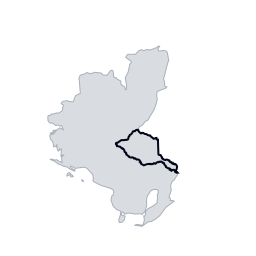 Apure on a map of Venezuela (Equal Earth projection), rotated 209°
{"feature_id": "VEN-25", "entity_name": "Apure", "entity_type": "State", "adm_level": 1, "iso_a3": "VEN", "parent_name": "Venezuela", "parent_adm1": "", "projection": "equal_earth", "projection_center": [-69.326, 7.078], "detail": "fine", "context": "in_parent", "style": "outline", "palette": "ink", "viewbox_px": 256, "rotation_deg": 209, "n_neighbors": 0, "source": "natural_earth", "source_scale": "10m", "svg_char_len": 8440}
<svg xmlns="http://www.w3.org/2000/svg" viewBox="0 0 256 256"><g transform="rotate(209 128 128)"><path d="M201.7,95.8L203.8,99.5L203.6,100.3L202.3,101.2L201.6,103.3L199.9,104.2L197.7,106.7L196.2,106.9L193.9,111.1L195.2,114.3L194.9,116.0L195.5,116.8L198.2,116.9L198.4,117.8L198.1,119.1L197.6,120.0L194.0,122.7L192.3,122.4L191.6,123.2L189.2,123.8L188.6,125.4L189.2,127.5L189.5,131.0L186.5,135.2L193.9,146.4L194.7,146.9L195.4,149.5L195.2,151.0L193.9,152.8L192.1,154.2L191.0,156.5L189.9,156.9L187.9,156.7L186.9,158.0L185.6,158.5L184.8,160.2L178.1,163.1L175.2,162.2L171.8,164.3L171.2,169.5L170.2,170.7L168.9,170.7L164.8,165.4L162.6,166.2L161.2,165.5L157.1,165.6L155.2,162.6L150.8,162.4L149.2,160.4L148.4,160.4L148.1,161.0L149.8,164.4L154.8,170.8L154.9,176.6L157.3,184.7L156.8,187.3L158.2,188.0L164.2,188.6L164.2,191.5L163.4,192.8L162.2,193.1L159.1,195.2L157.3,195.9L156.1,200.7L155.1,202.0L154.0,203.1L151.9,203.2L149.1,206.2L148.2,206.1L145.8,207.6L142.1,212.0L140.8,214.7L139.9,214.8L140.2,212.4L139.8,211.2L138.9,210.5L138.0,210.4L137.0,211.0L134.2,213.3L131.5,213.8L130.0,212.8L125.0,206.7L124.9,204.6L123.7,199.7L121.2,190.7L121.2,189.0L117.2,184.4L116.6,182.8L115.0,182.2L113.9,182.8L114.2,181.3L119.6,174.8L120.1,173.4L118.0,169.2L116.8,168.1L116.1,166.6L114.8,161.6L114.4,157.7L114.0,156.9L114.5,147.4L114.3,145.3L114.7,143.7L115.8,142.6L116.3,141.0L116.5,138.7L117.1,136.8L118.2,135.3L118.6,133.9L118.1,131.6L117.2,130.6L113.9,129.9L113.0,130.6L107.0,131.9L104.0,131.9L101.8,131.3L100.1,131.5L98.1,132.8L97.1,132.1L96.3,132.4L88.4,119.9L85.5,119.6L81.6,117.8L78.5,119.3L77.2,119.4L71.7,118.7L68.6,119.3L67.4,118.7L66.5,117.7L65.1,113.6L63.0,112.9L62.1,111.3L62.5,104.6L63.5,102.8L63.1,99.7L62.8,98.3L60.0,94.6L58.6,87.3L56.8,87.0L56.2,85.4L55.7,85.1L54.2,86.1L52.5,86.5L52.2,86.1L56.3,77.1L57.8,66.5L59.9,61.4L62.6,57.2L64.8,55.9L68.1,48.9L75.2,46.0L73.3,48.1L69.1,49.5L68.1,50.3L68.2,52.7L69.4,56.0L71.6,58.7L70.6,59.0L71.0,61.4L72.1,63.0L72.1,64.0L71.3,67.3L68.0,72.3L66.3,76.7L67.6,79.3L67.8,80.7L70.2,83.9L70.0,85.2L71.0,87.9L72.7,88.3L76.0,86.6L77.7,83.7L78.1,78.4L77.8,76.4L75.8,71.8L74.4,70.0L73.2,65.9L72.7,62.2L73.6,61.4L73.5,59.4L75.8,58.9L80.8,55.8L83.8,55.0L87.3,53.3L88.8,51.1L89.4,50.9L91.2,52.2L92.1,51.8L92.4,50.8L91.9,48.8L87.8,49.5L86.7,45.6L87.7,42.4L89.9,41.2L91.5,43.1L92.6,48.7L94.0,51.7L98.5,51.1L103.0,52.4L107.8,56.5L109.2,60.7L108.6,61.8L108.9,63.6L109.6,65.4L110.7,66.5L113.7,66.8L123.5,64.7L131.8,64.4L133.4,65.3L133.6,66.8L136.2,70.1L144.3,72.9L147.4,72.5L154.8,67.0L158.8,67.2L159.9,66.4L158.4,65.5L155.1,65.2L154.1,65.8L153.6,64.4L158.3,63.9L162.5,64.3L165.9,63.3L168.7,63.3L171.4,62.7L176.5,63.4L180.6,62.8L180.1,63.7L176.6,64.4L175.0,65.7L171.5,65.5L169.0,65.9L169.8,66.3L169.8,67.6L170.5,67.9L171.6,69.6L171.9,70.9L171.0,73.1L172.0,72.9L172.6,72.2L172.6,70.7L173.1,70.9L175.8,77.2L176.9,75.7L177.6,76.6L177.6,74.2L178.5,74.3L180.3,75.9L182.3,79.5L181.9,76.7L183.5,76.7L183.9,75.5L187.1,79.5L190.4,80.6L192.9,83.6L192.4,85.0L190.9,85.7L190.3,86.7L189.3,91.4L187.9,95.0L183.7,95.1L187.3,97.9L188.5,96.7L190.3,96.6L192.9,95.1L196.5,95.8L198.0,94.6L200.0,94.8L201.7,95.8ZM158.5,56.9L158.9,58.9L157.8,60.6L156.3,60.6L155.1,59.5L154.4,59.8L152.4,59.2L153.0,58.1L154.5,57.6L155.6,58.8L156.5,58.9L156.8,57.9L158.0,56.4L158.5,56.9ZM192.2,89.7L190.0,91.3L189.8,89.8L191.5,87.9L192.3,89.1L192.2,89.7ZM143.3,60.3L142.7,60.6L141.1,59.8L141.4,59.3L142.3,59.3L143.3,60.3ZM192.6,86.9L191.3,87.4L191.6,86.3L193.0,85.7L193.5,85.9L192.6,86.9Z" fill="#d9dde1" stroke="#a8b0b8" stroke-width="1"/><path d="M63.8,113.3L63.3,113.1L63.0,113.0L63.5,112.7L63.9,112.4L64.1,112.4L64.7,112.5L64.9,112.5L65.3,112.4L65.6,112.5L65.8,112.9L65.9,113.0L66.4,113.3L66.7,113.5L67.2,113.7L67.3,113.7L67.5,113.7L67.8,113.5L68.3,113.1L68.6,113.0L68.8,112.9L69.0,112.4L69.2,111.8L69.2,111.7L69.3,111.6L69.6,111.7L70.3,111.9L70.3,112.0L70.5,112.3L70.6,112.5L70.8,112.6L71.2,112.6L71.5,112.6L71.6,112.3L71.8,112.6L72.0,112.5L72.2,112.4L72.3,112.3L72.5,112.4L72.7,112.5L72.8,112.6L73.0,112.5L73.1,112.3L73.4,112.2L73.6,112.2L74.0,112.2L74.8,112.2L75.2,112.3L75.7,112.4L75.9,112.3L76.1,112.5L76.3,112.9L76.5,113.1L76.8,113.1L77.0,113.3L77.5,113.3L78.0,113.5L78.4,113.7L78.9,114.1L79.2,114.5L79.4,114.4L79.6,114.6L79.8,114.7L80.1,114.8L80.3,114.8L80.8,114.6L80.9,114.4L81.4,114.6L81.9,114.8L82.4,114.8L82.8,114.7L83.1,114.2L83.5,114.2L83.9,113.9L84.2,113.6L84.3,113.4L84.5,113.5L84.6,113.4L84.6,113.0L84.7,112.8L84.9,112.7L85.1,112.7L85.3,112.7L85.7,112.4L86.0,111.9L86.3,111.4L86.5,110.3L86.6,110.1L87.1,109.9L87.3,109.9L87.6,110.0L87.8,110.0L88.1,109.9L88.4,109.7L88.5,109.4L88.6,109.1L88.7,108.7L88.9,108.4L89.1,108.3L89.2,108.2L89.7,107.8L89.9,107.7L90.4,107.8L90.6,107.7L91.2,107.0L91.4,106.9L91.6,106.9L91.7,107.0L91.8,106.9L92.2,106.6L92.4,106.6L92.7,106.5L92.9,106.4L94.6,104.8L95.9,103.2L96.1,103.0L96.4,103.0L96.9,103.1L97.4,103.1L98.7,102.9L99.0,103.0L99.4,103.4L99.6,103.4L99.6,103.5L99.8,103.9L99.8,104.0L100.2,104.2L100.5,104.4L100.6,104.2L101.1,104.2L101.3,104.1L101.5,104.5L101.7,104.8L101.7,105.0L101.9,105.1L102.3,105.4L103.1,105.5L104.1,105.3L104.3,105.3L104.4,105.1L105.0,104.6L105.9,104.6L106.1,104.7L106.6,105.0L106.8,105.0L107.1,104.9L107.5,104.4L108.0,104.2L108.1,104.3L108.5,104.6L109.0,104.5L109.3,104.6L109.7,104.6L110.0,104.3L110.4,104.2L110.5,104.1L110.7,103.8L111.1,103.7L111.5,103.4L112.8,103.2L113.1,103.3L113.3,103.5L113.6,103.7L113.8,103.5L114.3,103.7L115.4,103.8L116.0,104.0L116.4,104.2L116.7,104.1L116.8,104.2L117.1,104.4L117.4,104.6L117.5,104.9L117.4,105.2L117.5,105.3L117.8,105.3L118.1,105.5L118.6,105.5L118.9,105.4L119.1,105.4L119.7,105.7L119.8,105.9L119.9,106.2L120.1,106.4L120.5,106.7L120.7,106.8L120.8,107.0L121.0,107.1L121.5,107.2L121.7,107.4L121.9,107.5L122.2,107.5L122.6,107.2L122.9,107.1L123.3,107.6L123.6,107.5L123.8,107.4L124.0,107.3L124.3,107.4L125.4,107.7L125.6,107.6L125.8,107.7L125.9,107.8L126.1,107.8L127.3,107.3L127.5,107.3L127.8,107.3L128.3,107.2L128.5,107.2L128.6,106.9L128.8,106.8L129.1,107.3L129.4,107.4L129.4,107.5L129.6,107.9L129.9,108.1L130.3,108.2L130.7,108.0L130.8,108.1L131.0,108.5L131.1,108.8L131.1,109.1L131.0,109.4L130.9,109.4L130.6,109.5L130.1,109.9L129.9,110.1L129.8,110.4L129.6,110.8L129.5,111.1L129.3,111.6L129.2,111.7L129.0,112.0L128.9,112.1L128.7,112.7L128.0,114.0L127.8,114.3L127.6,114.4L127.2,114.5L126.7,114.9L126.6,115.0L126.1,115.1L125.8,115.3L125.2,115.9L124.7,116.1L124.4,116.5L124.0,116.7L123.6,116.8L122.7,117.8L122.5,118.2L122.6,118.8L122.8,119.5L123.1,120.1L123.1,120.5L123.1,120.8L122.9,121.1L122.8,121.4L123.0,121.6L123.0,121.9L123.1,122.5L123.0,122.9L122.8,123.1L122.6,123.4L122.4,123.7L122.1,124.6L121.9,126.3L121.9,126.5L122.0,126.9L122.1,127.1L122.0,127.4L121.8,127.6L121.6,127.8L121.1,128.1L120.8,128.6L120.7,128.6L120.4,128.7L120.4,128.8L120.3,129.0L120.2,129.4L119.9,130.2L119.8,130.4L119.5,130.6L119.4,130.6L119.2,130.6L118.9,130.7L118.8,130.8L118.7,131.1L118.5,131.3L118.0,131.2L117.7,130.9L117.4,130.5L117.1,130.3L115.3,129.7L114.5,129.6L114.3,129.5L114.1,129.6L113.9,129.9L113.8,130.1L113.7,130.1L113.4,130.1L113.3,130.3L113.3,130.5L113.2,130.7L112.9,130.8L112.6,131.0L112.1,131.1L110.7,130.9L110.2,131.0L108.9,131.6L108.5,131.6L107.7,131.3L107.3,131.3L106.4,131.7L105.7,131.7L105.6,131.8L105.3,132.1L105.2,132.2L104.9,132.2L104.4,131.9L104.2,131.8L103.2,131.5L103.0,131.4L102.3,131.5L102.0,131.4L101.8,131.3L101.5,131.2L101.3,131.3L100.9,131.1L100.7,131.0L100.4,131.0L100.2,131.1L99.9,131.5L99.6,131.7L99.0,132.6L98.3,133.1L98.1,132.8L97.6,132.1L97.4,131.9L97.1,132.0L96.5,132.3L96.2,132.4L88.8,120.0L88.4,119.6L88.1,119.5L87.7,119.5L87.3,119.6L86.6,120.1L86.3,120.1L85.1,119.4L84.8,119.1L84.7,119.0L84.4,119.1L84.1,119.0L84.0,118.9L83.5,118.0L83.4,117.9L83.2,117.9L82.9,118.1L82.7,118.1L82.2,117.9L82.0,117.7L81.6,117.7L81.0,117.9L80.5,117.9L80.0,118.1L79.8,118.1L79.7,118.2L79.7,118.4L79.6,118.6L79.1,119.0L78.5,119.3L77.9,119.4L77.1,119.3L76.9,119.5L76.6,119.7L76.4,119.6L75.7,119.5L75.6,119.4L75.5,118.9L75.4,118.8L75.2,118.8L74.7,118.9L74.2,118.7L73.8,118.8L73.5,118.9L73.4,119.0L73.2,118.7L72.9,118.6L72.7,118.7L72.7,118.8L72.5,118.7L72.4,118.6L72.1,118.7L71.8,118.6L71.7,118.4L71.3,118.4L71.2,118.4L71.1,118.5L71.1,118.8L70.8,118.6L70.5,118.7L70.3,118.7L70.0,118.7L70.0,119.0L69.9,119.1L69.7,119.0L69.3,119.4L69.1,119.4L68.8,119.4L67.5,119.0L67.4,118.9L67.1,118.6L66.6,118.3L66.5,118.2L66.3,117.9L65.7,116.3L65.6,115.8L65.5,115.4L65.5,114.9L65.6,114.2L65.1,113.4L64.7,113.3L63.8,113.3Z" fill="none" stroke="#020617" stroke-width="2"/></g></svg>